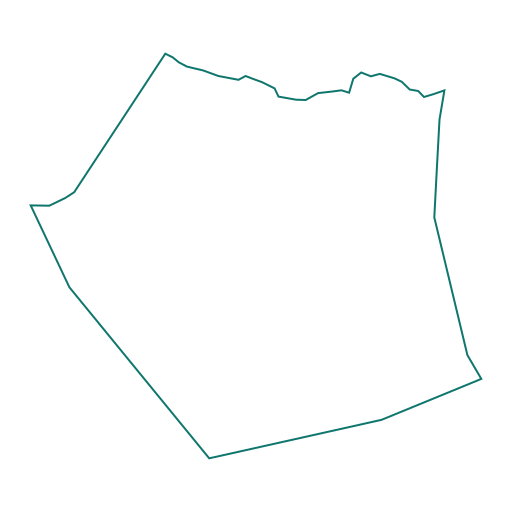 São Paulo do Potengi, Rio Grande do Norte, Brazil (Albers equal-area conic projection)
{"feature_id": "56859067B7948406347889", "entity_name": "São Paulo do Potengi", "entity_type": "district", "adm_level": 2, "iso_a3": "BRA", "parent_name": "Brazil", "parent_adm1": "Rio Grande do Norte", "projection": "albers", "projection_center": [-35.745, -5.935], "detail": "fine", "context": "isolated", "style": "outline", "palette": "teal", "viewbox_px": 512, "rotation_deg": 0, "n_neighbors": 0, "source": "geoboundaries", "source_scale": "gbopen_adm2", "svg_char_len": 597}
<svg xmlns="http://www.w3.org/2000/svg" viewBox="0 0 512 512"><path d="M69.4,287.3L209.2,458.3L381.6,419.8L481.3,378.9L467.4,355.1L434.3,217.4L437.0,165.9L439.5,119.6L444.4,90.4L433.3,94.2L424.0,97.0L418.2,91.0L409.7,89.5L401.8,81.8L394.4,78.3L379.8,73.9L370.9,76.3L361.2,72.5L353.3,78.7L349.1,92.7L341.4,90.3L332.5,91.5L318.1,93.1L305.7,100.0L296.1,99.7L278.5,96.6L274.6,88.4L261.9,82.1L253.3,79.0L245.6,76.0L238.5,79.8L218.4,76.0L203.3,70.5L186.9,66.6L178.8,62.3L172.6,57.3L165.3,53.7L74.2,192.2L65.2,198.0L49.3,205.7L30.7,205.4L69.4,287.3Z" fill="none" stroke="#0f766e" stroke-width="2"/></svg>